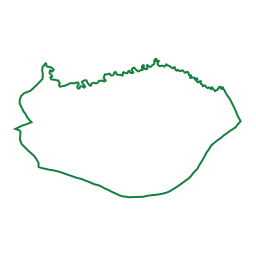 Atsaphone, Savannakhét, Laos (Mercator projection)
{"feature_id": "54806243B37030800305867", "entity_name": "Atsaphone", "entity_type": "district", "adm_level": 2, "iso_a3": "LAO", "parent_name": "Laos", "parent_adm1": "Savannakhét", "projection": "mercator", "projection_center": [105.412, 16.945], "detail": "fine", "context": "isolated", "style": "outline", "palette": "green", "viewbox_px": 256, "rotation_deg": 0, "n_neighbors": 0, "source": "geoboundaries", "source_scale": "gbopen_adm2", "svg_char_len": 5475}
<svg xmlns="http://www.w3.org/2000/svg" viewBox="0 0 256 256"><path d="M151.6,195.2L158.4,194.5L163.6,193.4L166.0,192.8L168.4,191.9L171.4,190.3L177.4,186.5L187.9,179.0L189.3,177.8L190.7,176.4L192.7,173.8L194.6,171.5L196.2,170.1L197.3,168.8L198.2,167.2L199.3,165.1L203.2,158.9L206.5,152.6L207.3,151.4L208.4,150.1L209.3,148.6L210.9,146.2L211.1,145.5L217.0,140.6L220.6,138.2L223.1,135.9L228.0,132.4L229.7,131.1L234.7,127.9L236.0,126.8L237.0,125.2L240.6,121.3L237.6,115.7L236.8,113.6L235.0,109.3L229.8,98.8L228.0,96.5L225.7,92.9L224.3,89.9L223.4,89.2L223.3,88.9L223.1,87.7L222.5,87.8L221.8,88.8L221.4,88.8L221.2,88.7L221.6,87.5L221.5,87.2L220.5,86.8L219.9,86.8L219.2,87.0L218.9,87.2L218.7,87.5L218.8,88.1L218.7,88.4L217.7,89.0L217.6,89.7L216.2,90.4L215.2,91.1L214.9,91.0L214.5,90.1L213.1,88.9L212.2,87.3L211.6,87.5L211.4,87.9L211.4,89.0L211.2,89.2L210.9,89.1L210.5,88.8L209.8,87.9L209.1,87.5L208.5,87.6L207.9,88.1L207.4,88.0L206.4,87.2L205.5,86.0L204.9,85.5L204.4,85.4L204.0,85.6L203.2,86.2L202.9,86.3L202.7,86.2L202.6,85.8L202.4,84.8L202.3,84.6L202.2,84.5L201.4,84.2L200.7,83.7L200.6,83.1L200.8,81.9L201.0,81.5L201.0,81.3L200.4,81.2L199.2,81.4L198.8,81.7L198.5,82.2L198.2,82.3L197.2,81.8L196.6,81.3L196.6,80.7L196.7,80.3L197.4,79.2L197.3,78.7L197.1,78.4L196.9,78.3L196.1,78.6L195.4,79.5L195.0,79.6L194.7,79.4L194.6,79.1L194.6,78.1L194.5,77.9L192.2,77.3L191.9,77.4L191.4,77.7L190.8,78.0L190.6,78.0L190.1,77.7L190.1,77.2L191.0,75.9L191.0,75.5L190.8,75.3L190.6,75.3L190.0,75.7L189.7,75.7L189.0,75.2L188.7,74.5L188.8,73.6L188.7,73.1L188.0,72.3L187.3,71.8L186.8,71.8L185.6,72.8L185.0,72.7L184.2,72.1L183.3,70.9L182.8,70.4L182.2,70.4L181.6,70.6L180.8,71.2L180.6,71.2L180.1,71.1L178.0,69.9L177.8,70.0L177.4,70.5L177.2,70.7L176.5,70.5L175.9,70.2L175.7,69.3L175.0,68.8L174.9,68.4L174.8,67.4L174.7,67.2L174.1,67.2L173.2,68.1L172.5,68.1L171.7,67.8L170.7,67.1L170.0,66.4L169.1,65.8L168.5,65.6L167.3,65.4L166.8,64.6L166.5,64.4L166.2,64.4L166.0,64.5L165.6,65.4L165.0,65.8L164.5,66.5L164.3,66.5L162.7,65.8L162.1,65.6L161.5,65.7L160.1,66.2L159.8,66.3L159.3,66.1L157.9,64.7L157.6,64.2L157.5,63.5L157.6,62.9L158.2,62.1L158.7,61.4L158.8,61.0L158.4,60.8L156.5,61.3L156.0,61.1L155.8,60.6L156.6,59.3L156.5,59.0L156.1,58.8L155.4,59.0L155.1,59.3L154.8,59.6L154.4,60.5L154.2,61.5L154.2,62.5L154.3,63.1L154.1,63.9L153.5,64.5L151.9,65.6L151.0,66.7L150.5,66.9L149.9,66.8L148.9,66.4L147.6,65.2L147.4,65.1L147.0,65.2L146.9,65.6L147.4,66.4L147.5,66.8L147.0,68.0L147.3,68.7L146.9,69.0L146.1,69.2L145.3,69.0L144.6,68.7L144.0,68.3L143.8,68.0L143.7,67.4L143.9,66.3L143.9,65.7L143.7,65.4L143.2,65.2L142.7,65.4L142.2,65.9L141.9,66.8L142.0,68.3L142.6,69.5L142.6,69.8L141.9,70.1L140.3,70.3L138.8,71.3L138.6,71.4L138.1,71.4L137.5,71.0L136.2,69.8L135.2,69.1L135.0,68.8L134.4,67.7L134.1,67.6L133.6,67.7L132.9,68.1L132.6,68.6L131.9,69.1L131.7,69.5L131.8,70.1L132.1,70.8L133.2,72.1L133.3,72.3L133.1,72.7L132.5,73.1L131.9,73.2L130.8,72.8L130.0,72.3L129.7,71.8L129.5,71.0L129.2,70.9L128.6,71.0L128.3,71.3L127.7,72.2L127.5,73.1L127.2,73.2L126.7,73.3L124.8,72.8L124.2,72.6L123.8,72.2L123.4,72.2L123.2,72.3L122.9,72.8L122.7,75.4L122.4,75.6L121.7,75.3L121.0,74.9L117.2,74.7L116.7,74.3L115.7,72.1L115.3,71.9L114.6,72.3L114.2,72.8L113.9,74.0L113.5,74.7L113.0,75.2L112.2,75.5L111.3,75.5L110.4,75.2L110.1,74.5L110.0,74.0L109.7,73.7L108.6,73.8L107.0,74.4L106.5,74.5L105.1,74.3L104.9,74.4L104.6,75.0L103.7,77.8L104.4,79.0L105.2,79.9L105.7,80.5L105.5,80.8L104.9,81.3L104.4,81.5L104.0,81.5L103.5,81.3L103.2,81.0L102.6,80.7L102.0,80.5L101.6,80.6L100.8,80.9L99.2,80.7L98.9,80.9L97.7,82.7L96.9,83.2L95.5,83.3L93.6,82.8L93.0,82.9L91.6,83.6L91.3,84.0L91.3,84.6L91.2,85.2L91.0,85.4L90.5,85.7L89.9,85.7L89.5,85.3L88.5,83.9L87.4,82.8L86.7,80.9L86.4,80.4L85.9,80.2L84.1,80.5L83.3,80.9L82.0,81.8L82.0,82.4L82.7,83.6L84.1,84.9L84.9,86.0L85.0,86.6L84.8,87.1L84.5,87.4L84.3,87.5L83.6,87.5L82.5,86.5L81.5,86.1L81.0,86.1L80.5,86.3L80.2,86.6L80.0,86.9L79.6,88.1L79.2,88.4L78.7,88.6L78.3,88.6L77.7,88.2L77.5,87.9L77.4,87.6L77.4,85.8L77.5,85.4L78.6,84.7L78.7,84.3L78.6,83.5L78.2,82.8L78.0,82.5L77.6,82.4L76.3,82.6L74.6,83.3L71.0,83.1L69.0,83.7L68.2,84.3L65.2,85.6L60.0,86.7L59.8,86.5L59.2,85.7L59.0,85.2L59.1,84.6L59.7,83.6L59.7,83.0L59.5,82.6L58.6,81.6L58.5,81.2L58.5,80.7L58.4,80.5L56.7,80.3L55.7,79.9L54.8,79.9L53.7,79.6L51.5,79.5L51.0,79.1L50.3,77.5L50.6,77.2L51.5,77.0L51.9,76.8L52.0,76.4L52.0,75.9L51.5,75.0L50.0,73.8L49.6,73.2L49.5,72.6L49.7,71.6L50.0,70.6L50.1,70.4L50.3,70.3L51.5,71.4L51.9,71.6L52.2,71.6L52.6,71.2L53.3,70.4L53.7,69.8L53.6,69.6L52.4,68.7L51.5,67.5L51.2,67.4L50.6,67.2L47.5,66.7L46.7,66.3L46.4,65.8L46.3,64.1L46.1,63.8L45.5,63.3L44.0,65.3L42.6,66.8L42.1,70.4L42.8,73.2L42.6,78.8L36.8,84.9L30.6,90.7L24.1,93.2L20.9,96.3L19.7,100.7L19.6,102.6L20.0,104.4L20.9,105.8L21.5,107.5L22.5,109.2L23.3,111.2L25.3,113.6L27.6,117.9L29.6,120.2L31.5,122.2L27.2,124.0L21.9,125.7L17.6,127.9L15.4,128.9L18.0,129.8L19.3,130.4L20.5,131.4L20.4,134.4L19.9,139.1L20.7,141.9L21.8,144.3L25.5,147.9L27.9,150.4L31.4,153.4L34.2,156.0L36.7,159.6L38.6,163.2L38.5,165.4L38.7,167.0L40.4,167.7L43.8,168.5L45.3,168.8L46.8,169.2L49.1,169.7L53.7,170.4L58.9,171.7L61.6,172.5L67.1,174.5L72.3,176.3L73.5,176.7L75.4,177.4L82.7,179.4L85.9,180.8L88.4,181.7L93.8,184.0L95.4,184.5L97.6,185.0L99.7,185.7L100.2,186.0L103.3,187.6L104.8,188.5L107.8,189.7L112.2,192.0L116.9,194.1L117.4,194.3L118.7,195.1L120.1,195.7L124.1,196.6L126.3,196.7L128.6,197.2L130.6,197.2L139.5,196.9L142.0,196.9L144.1,196.6L146.2,196.0L151.6,195.2Z" fill="none" stroke="#15803d" stroke-width="2"/></svg>